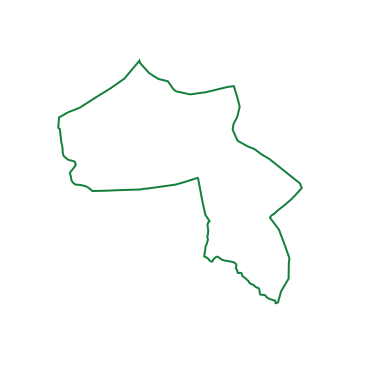 the district of Habila - WD, Western Darfur, Sudan, rotated 328°
{"feature_id": "16777658B76489940696560", "entity_name": "Habila - WD", "entity_type": "district", "adm_level": 2, "iso_a3": "SDN", "parent_name": "Sudan", "parent_adm1": "Western Darfur", "projection": "mercator", "projection_center": [22.41, 12.608], "detail": "fine", "context": "isolated", "style": "outline", "palette": "green", "viewbox_px": 384, "rotation_deg": 328, "n_neighbors": 0, "source": "geoboundaries", "source_scale": "gbopen_adm2", "svg_char_len": 2760}
<svg xmlns="http://www.w3.org/2000/svg" viewBox="0 0 384 384"><g transform="rotate(328 192 192)"><path d="M113.0,66.1L112.6,66.7L113.3,68.7L109.7,76.0L108.6,78.4L107.5,80.6L106.4,84.1L105.0,87.0L103.4,89.7L102.2,93.4L104.0,98.9L108.6,103.9L107.9,107.4L104.4,108.9L98.7,110.9L96.9,116.1L95.9,118.4L96.0,120.4L96.4,122.5L97.5,124.3L99.6,125.7L101.2,127.1L103.0,128.7L104.0,129.9L105.2,131.1L106.7,134.2L107.7,137.0L108.1,138.4L108.1,138.5L108.4,138.6L109.9,139.5L110.8,140.0L111.2,140.3L113.3,141.5L115.2,142.6L117.8,144.2L119.9,145.4L122.0,146.6L124.5,148.0L133.4,153.1L134.8,153.9L135.7,154.4L136.0,154.6L140.3,157.1L148.8,162.1L151.1,163.1L153.3,164.0L154.0,164.3L154.3,164.5L154.6,164.8L170.5,171.9L179.9,176.1L182.9,177.3L188.2,178.8L191.8,179.8L204.3,183.0L204.2,184.2L203.8,185.3L202.8,187.6L201.7,190.6L199.3,196.7L198.2,199.5L197.1,202.2L196.7,203.4L195.8,205.7L194.8,208.4L193.8,211.2L191.3,218.1L191.3,220.4L191.4,226.0L190.8,226.3L189.4,226.5L188.2,227.6L187.6,228.3L187.0,229.7L186.6,230.5L185.6,232.9L184.4,234.5L183.2,236.2L181.6,237.6L180.9,239.0L180.8,239.3L180.2,241.0L179.0,241.9L178.2,242.6L177.8,243.3L176.0,244.5L174.6,245.4L173.0,247.5L171.6,249.1L168.7,252.4L168.2,253.3L169.2,254.2L169.6,255.5L169.8,255.8L170.1,256.1L170.5,257.8L170.5,259.2L170.8,260.2L171.7,261.5L172.9,261.5L173.9,260.7L176.7,259.9L176.8,259.9L178.6,260.0L179.7,260.7L180.2,262.3L180.6,263.2L180.7,263.5L180.8,263.8L181.7,265.5L181.8,265.5L183.3,267.4L185.8,269.6L186.8,270.4L189.4,272.9L190.8,274.8L191.1,276.6L190.8,277.7L190.3,278.3L190.2,278.4L188.7,279.9L188.8,280.4L188.8,280.8L188.9,281.2L188.9,282.4L188.6,282.9L188.2,283.7L188.2,283.8L188.0,284.9L188.7,285.6L189.9,285.9L190.8,286.7L190.8,287.7L190.6,288.9L190.1,290.2L190.8,291.4L191.3,292.6L191.8,294.1L192.2,296.0L192.7,297.4L192.7,298.1L192.5,299.3L192.8,300.4L194.4,302.5L195.1,304.3L195.8,306.6L197.5,308.8L197.3,310.8L196.5,312.4L195.9,313.6L195.6,315.2L196.6,316.1L198.9,317.7L199.4,318.9L199.6,320.8L200.1,322.2L201.3,324.0L202.7,325.8L203.2,326.4L203.9,327.2L204.9,328.0L204.7,329.5L204.0,330.5L204.5,331.0L205.6,331.0L206.5,331.2L207.2,330.5L215.1,323.3L228.0,316.7L236.4,303.7L239.5,299.8L242.3,287.4L245.8,269.9L244.5,255.1L246.2,254.2L248.3,254.0L250.6,254.0L255.3,253.0L262.6,252.3L271.9,250.9L277.3,249.6L287.2,246.8L287.2,246.7L288.1,241.9L275.2,205.3L270.8,196.6L267.7,188.7L263.2,182.5L257.8,172.6L259.4,161.3L259.5,160.7L263.3,156.3L270.3,152.2L276.7,145.9L277.6,145.0L278.5,142.3L280.7,135.3L283.1,126.2L283.6,124.4L278.2,121.9L256.6,114.7L242.1,108.2L231.7,98.0L230.7,95.0L230.2,85.3L223.6,78.5L221.8,75.1L218.6,68.3L216.3,54.9L216.9,52.8L216.7,52.9L194.7,60.0L177.7,60.9L160.8,60.8L141.1,61.0L129.7,58.8L118.8,58.3L113.0,66.1Z" fill="none" stroke="#15803d" stroke-width="2"/></g></svg>